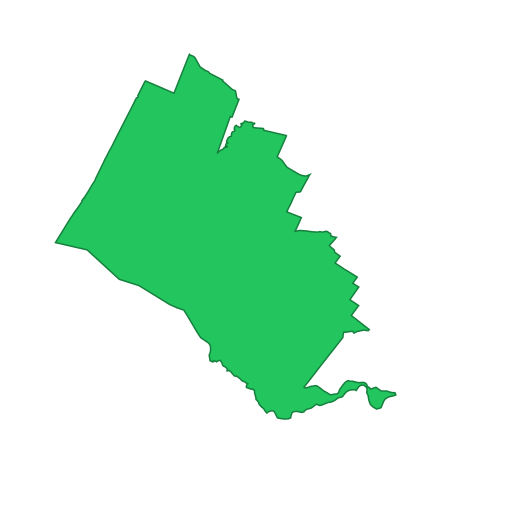 the district of Pufesti, Vrancea, Romania, rotated 129°
{"feature_id": "2599482B68532694461953", "entity_name": "Pufesti", "entity_type": "district", "adm_level": 2, "iso_a3": "ROU", "parent_name": "Romania", "parent_adm1": "Vrancea", "projection": "robinson", "projection_center": [27.194, 46.015], "detail": "fine", "context": "isolated", "style": "filled", "palette": "green", "viewbox_px": 512, "rotation_deg": 129, "n_neighbors": 0, "source": "geoboundaries", "source_scale": "gbopen_adm2", "svg_char_len": 6067}
<svg xmlns="http://www.w3.org/2000/svg" viewBox="0 0 512 512"><g transform="rotate(129 256 256)"><path d="M371.2,148.7L370.3,148.6L369.6,148.4L368.3,147.8L367.0,146.9L366.4,146.3L366.0,145.8L365.6,144.8L365.5,144.3L365.6,143.5L366.2,142.1L366.7,141.1L367.5,139.2L368.3,137.5L367.0,134.8L365.3,132.0L362.4,128.5L359.9,127.2L359.1,127.8L355.7,129.2L354.7,129.3L353.5,128.8L352.8,128.3L351.2,126.7L349.7,123.8L348.6,121.8L346.9,120.7L345.4,120.7L344.2,120.5L343.2,120.1L340.7,118.2L339.0,117.2L333.1,115.8L332.8,114.4L332.2,112.6L331.0,111.4L324.3,107.7L323.1,106.4L321.7,105.4L320.3,104.6L318.6,103.9L314.3,102.7L312.0,100.9L310.9,100.3L309.7,100.3L307.1,100.4L305.0,100.3L302.9,99.6L300.8,98.4L299.8,97.4L298.9,96.4L297.8,95.0L297.7,94.3L297.5,93.5L294.4,93.8L292.5,93.8L291.2,93.4L290.0,92.7L288.6,91.1L288.6,90.1L288.5,88.9L288.6,88.0L289.0,86.6L289.3,86.2L290.7,85.0L292.3,84.2L293.7,81.8L293.7,81.0L294.9,80.0L296.0,78.8L297.2,77.3L299.0,74.5L299.5,73.0L299.7,70.4L299.1,66.0L295.4,63.4L294.8,63.5L291.6,64.4L289.1,65.2L287.8,65.5L285.7,65.5L284.3,65.1L283.0,64.6L281.9,64.1L277.6,60.8L275.9,59.9L274.8,62.1L275.3,62.5L276.6,64.5L277.3,65.9L278.1,67.8L278.3,68.7L278.5,69.3L282.1,73.6L282.3,76.8L282.5,78.1L282.3,78.8L282.6,80.2L283.1,80.6L284.2,81.2L285.2,81.9L287.1,83.0L286.9,85.7L287.2,86.3L287.3,87.1L287.3,87.6L286.5,88.5L286.0,89.4L286.0,91.4L286.5,92.7L287.0,93.5L288.2,94.7L288.9,95.6L289.5,96.1L290.0,96.7L292.6,102.2L293.6,103.5L294.1,104.1L294.7,105.7L295.0,106.0L295.5,106.3L297.5,107.1L300.4,107.3L307.0,107.0L310.0,106.0L310.8,105.9L311.7,106.1L312.5,106.5L313.2,107.2L313.7,107.9L314.7,108.8L315.9,109.7L317.0,110.9L317.2,111.8L317.7,115.8L317.8,116.2L318.2,118.4L318.3,120.0L318.2,121.7L318.6,127.1L319.7,128.6L321.6,130.1L322.3,131.0L326.4,133.6L327.5,134.7L327.7,135.6L327.6,136.1L298.9,136.7L264.7,137.2L263.8,137.7L263.5,138.1L259.8,139.9L259.2,139.2L258.7,138.1L258.0,137.6L255.0,134.9L253.7,133.4L254.1,131.9L254.2,131.6L254.2,131.2L252.8,130.8L251.1,129.9L245.6,125.5L245.1,124.7L244.4,123.1L243.2,121.7L241.9,121.7L242.3,144.5L229.9,145.0L230.9,155.5L224.6,156.0L215.4,156.6L216.3,163.6L208.7,164.0L210.0,174.9L210.6,178.6L211.7,190.1L203.2,190.5L203.4,193.6L203.5,197.0L203.5,197.4L203.3,197.7L202.1,198.8L202.0,200.8L202.0,202.2L202.0,204.3L201.8,205.4L201.7,205.6L194.3,205.2L190.9,205.2L192.8,208.6L192.9,209.1L192.9,209.6L193.4,209.9L192.2,211.7L191.6,212.2L191.6,212.5L192.1,213.8L192.1,214.1L192.0,215.0L192.0,215.3L192.5,216.2L192.3,216.4L192.7,217.2L195.2,219.0L195.9,219.8L196.8,221.7L198.5,223.0L199.6,224.4L200.6,225.9L201.3,226.8L202.7,229.0L203.3,230.0L204.0,231.4L208.7,238.2L210.6,239.8L211.9,240.7L212.2,240.9L212.3,241.1L200.6,244.1L200.1,244.4L197.6,244.9L202.3,259.8L197.2,261.2L195.1,261.5L193.0,262.0L185.9,263.9L181.7,264.9L181.2,264.8L180.9,264.6L180.4,264.1L179.2,262.7L178.8,262.3L178.1,262.0L177.8,261.9L169.8,263.5L161.7,264.9L160.4,265.3L158.9,265.4L161.8,267.0L162.5,267.7L163.0,268.3L164.0,270.1L165.0,272.2L165.5,274.0L167.3,286.1L167.4,287.7L167.3,288.7L165.4,295.6L165.3,296.7L165.3,298.2L165.6,301.9L143.9,307.8L143.4,308.0L143.3,308.3L153.4,329.0L152.5,330.0L152.4,330.4L152.4,330.8L155.9,335.8L157.3,338.0L157.6,338.8L157.7,339.2L157.5,339.6L156.6,340.5L156.4,341.0L155.8,341.1L154.5,340.4L154.1,340.3L153.9,340.4L153.7,340.7L153.8,341.0L154.3,341.2L154.6,341.5L154.8,343.4L155.1,344.0L155.4,344.4L155.9,344.8L157.0,346.5L157.3,347.7L158.1,349.6L159.7,349.6L160.9,349.8L161.6,350.2L162.0,350.6L162.6,351.0L162.8,350.9L162.9,350.5L162.8,349.9L162.8,349.6L165.3,349.2L166.1,349.4L166.7,350.6L166.7,351.5L167.0,352.2L167.1,352.8L166.8,353.4L167.0,353.7L167.5,353.8L168.1,353.9L169.0,353.8L170.0,353.5L170.6,353.2L171.1,352.8L171.3,351.9L171.5,351.6L172.2,351.3L173.1,351.5L173.6,351.9L173.8,352.2L175.1,352.4L176.7,351.9L176.7,351.6L177.8,351.1L178.0,350.9L178.2,350.6L178.6,350.5L180.1,351.6L181.1,351.9L182.4,351.9L183.5,351.6L185.5,351.0L185.8,350.7L186.2,350.2L185.9,349.5L185.9,349.1L186.3,349.2L187.1,349.8L187.4,349.8L188.1,349.7L189.3,349.1L189.8,348.6L189.9,348.2L189.6,347.8L189.0,347.7L188.7,347.5L188.8,347.3L189.9,347.3L190.2,347.5L190.5,347.9L190.7,348.4L191.0,348.8L191.3,349.0L191.6,349.1L192.2,348.8L193.2,348.8L194.9,349.5L196.1,350.1L198.7,350.6L199.4,350.7L200.0,350.6L200.1,350.9L163.9,363.7L163.2,362.0L144.9,367.8L145.4,369.5L145.3,370.3L140.7,375.7L140.6,375.9L140.6,376.3L141.4,378.7L141.5,379.5L141.0,392.1L140.2,392.4L143.1,406.5L143.2,406.8L142.8,408.8L142.8,409.2L143.7,412.1L144.2,418.5L140.2,428.5L140.2,430.2L141.2,433.7L141.2,434.7L181.1,422.2L189.5,452.1L190.7,452.1L205.7,448.8L205.9,448.6L206.3,447.9L206.7,447.7L207.0,447.7L207.8,448.1L208.2,448.3L208.8,448.3L209.5,448.2L216.6,446.6L249.9,439.6L260.7,437.2L268.3,435.8L274.2,434.5L275.3,434.4L280.5,433.1L296.6,429.4L298.9,428.6L302.9,428.3L311.6,427.0L317.9,426.3L317.9,426.1L319.5,426.0L319.5,426.3L322.2,426.2L322.5,426.1L322.6,425.6L323.6,425.5L329.7,424.9L336.8,424.6L339.9,424.2L343.3,424.0L371.8,420.3L357.5,391.1L360.2,347.6L352.7,328.4L349.4,303.2L348.1,292.9L345.9,284.6L343.5,278.0L345.3,272.6L352.4,253.5L354.3,247.5L353.5,238.1L354.2,235.6L355.8,233.6L358.1,231.8L360.0,230.8L362.5,230.0L366.3,225.8L365.8,223.6L365.6,223.6L365.5,223.0L364.9,223.1L364.7,222.5L363.7,222.6L363.0,220.0L360.8,219.3L359.7,218.1L360.3,215.8L360.8,214.8L361.8,213.3L362.1,212.0L361.6,210.4L361.6,208.0L362.3,206.9L363.5,206.3L363.4,205.9L361.9,205.1L361.9,202.0L362.4,200.2L362.8,197.3L361.5,195.1L361.4,190.7L361.6,189.9L361.7,187.6L361.0,186.0L360.9,184.3L360.8,183.1L360.7,182.5L360.6,182.0L361.1,182.2L362.7,181.8L363.3,181.4L363.8,181.2L364.1,180.9L363.9,179.5L363.6,179.1L363.2,178.3L363.3,178.0L362.8,176.7L362.6,175.9L361.4,175.0L361.4,174.5L361.8,173.9L361.4,173.0L361.5,172.6L362.3,171.7L363.4,170.9L364.3,169.4L365.1,168.6L365.3,167.9L367.1,166.1L367.5,165.5L367.6,164.8L367.5,164.0L367.9,162.9L368.2,161.9L369.2,160.3L369.5,159.5L369.3,159.0L369.7,158.0L369.6,157.1L369.9,156.4L369.7,155.6L369.8,155.1L369.9,154.5L369.8,154.0L370.7,151.6L371.2,148.7Z" fill="#22c55e" stroke="#15803d" stroke-width="1.5"/></g></svg>